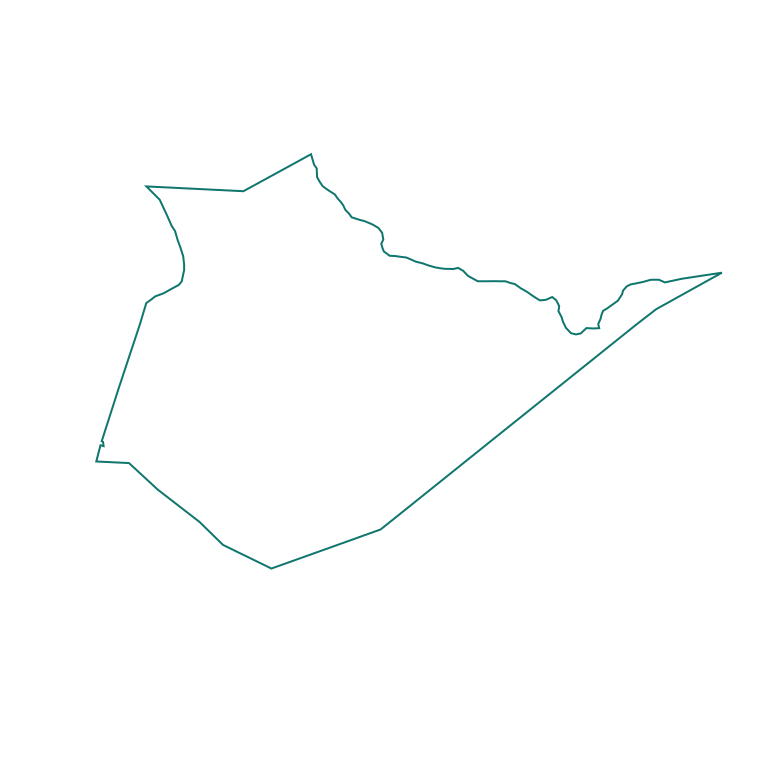 Santo Domingo Tonaltepec, Oaxaca, Mexico (Mercator projection), rotated 108°
{"feature_id": "50627088B70552877452577", "entity_name": "Santo Domingo Tonaltepec", "entity_type": "district", "adm_level": 2, "iso_a3": "MEX", "parent_name": "Mexico", "parent_adm1": "Oaxaca", "projection": "mercator", "projection_center": [-97.366, 17.615], "detail": "fine", "context": "isolated", "style": "outline", "palette": "teal", "viewbox_px": 768, "rotation_deg": 108, "n_neighbors": 0, "source": "geoboundaries", "source_scale": "gbopen_adm2", "svg_char_len": 1677}
<svg xmlns="http://www.w3.org/2000/svg" viewBox="0 0 768 768"><g transform="rotate(108 384 384)"><path d="M594.3,434.1L565.0,396.1L534.0,356.0L523.4,342.3L498.8,326.1L467.4,305.5L401.4,262.2L249.2,162.2L228.8,148.3L185.6,108.1L173.7,97.0L191.9,133.3L200.6,148.3L199.9,154.6L201.1,158.6L202.5,162.6L206.9,169.2L209.6,173.9L213.2,180.4L216.2,183.3L221.2,185.5L225.1,185.3L232.5,187.3L238.2,191.5L243.5,195.4L246.8,198.3L250.9,198.5L255.3,198.2L260.8,198.8L264.4,196.6L266.3,201.5L268.3,208.8L275.1,212.5L277.5,216.7L277.9,221.9L274.3,228.4L269.4,233.1L265.6,235.7L260.8,240.6L255.9,241.4L251.1,246.1L249.3,250.9L253.9,256.0L256.3,261.5L255.3,265.8L254.0,270.5L252.2,276.3L250.7,283.5L248.5,290.5L248.9,295.2L248.8,300.3L252.2,311.0L255.7,321.6L257.3,326.5L255.2,337.6L251.9,343.6L250.7,349.4L253.2,353.6L255.7,362.0L256.6,366.5L257.3,371.8L257.5,379.1L257.3,384.5L257.8,391.7L257.3,396.1L256.8,401.9L257.8,406.9L258.8,412.7L260.3,418.3L258.0,425.1L255.1,427.5L251.6,429.9L246.8,429.3L240.8,432.5L237.3,437.5L235.8,444.4L235.1,453.1L235.4,456.9L235.5,466.2L232.9,469.7L230.3,474.6L226.7,478.0L224.4,481.1L221.5,486.0L218.9,489.3L217.1,496.3L216.0,499.9L214.7,503.6L211.5,507.7L207.9,511.6L199.8,514.6L197.0,518.3L188.0,524.4L194.8,530.8L244.1,577.3L253.8,613.1L269.5,671.0L278.1,654.2L291.2,642.0L299.3,634.7L303.1,630.0L311.2,624.5L316.7,620.1L324.5,614.5L331.9,611.1L337.3,609.3L342.1,608.8L348.9,608.1L353.1,609.7L359.5,615.8L365.7,621.5L371.4,628.7L375.6,631.5L380.5,635.1L402.5,634.6L469.9,635.0L525.6,634.8L525.9,633.3L529.7,631.5L529.9,634.7L546.6,633.7L538.0,602.1L554.4,566.5L572.2,516.8L586.8,487.4L594.3,434.1Z" fill="none" stroke="#0f766e" stroke-width="2"/></g></svg>